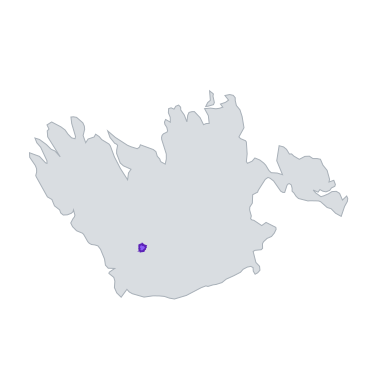 Kilkenny Lea-7, Kilkenny, Ireland shown in context, rotated 77°
{"feature_id": "5873133B31102930937386", "entity_name": "Kilkenny Lea-7", "entity_type": "district", "adm_level": 2, "iso_a3": "IRL", "parent_name": "Ireland", "parent_adm1": "Kilkenny", "projection": "mercator", "projection_center": [-7.278, 52.671], "detail": "fine", "context": "in_parent", "style": "filled", "palette": "violet", "viewbox_px": 384, "rotation_deg": 77, "n_neighbors": 0, "source": "geoboundaries", "source_scale": "gbopen_adm2", "svg_char_len": 5278}
<svg xmlns="http://www.w3.org/2000/svg" viewBox="0 0 384 384"><g transform="rotate(77 192 192)"><path d="M237.5,63.8L230.2,69.0L229.1,70.9L227.1,78.8L226.8,81.0L222.3,89.7L219.7,91.5L215.9,92.9L213.7,94.3L210.9,93.6L207.4,93.7L205.7,95.3L205.8,96.5L206.8,97.9L213.3,101.8L212.9,103.5L211.1,105.4L199.6,110.0L196.1,112.9L194.9,114.7L196.2,117.8L205.3,127.1L206.9,128.1L208.3,133.5L216.4,135.7L219.7,139.1L222.5,139.9L228.7,139.6L231.2,140.9L232.7,139.9L233.5,138.1L240.4,131.6L238.3,126.7L245.3,118.3L247.2,118.4L250.5,121.0L253.2,124.5L254.1,129.3L256.6,133.6L258.3,135.0L262.8,135.9L263.8,137.6L263.0,143.7L263.7,145.8L275.0,145.6L279.6,142.9L283.5,143.4L285.5,146.2L286.3,149.0L282.9,150.1L279.4,149.5L277.7,151.4L277.6,155.0L278.8,159.6L281.1,162.8L283.0,170.2L284.6,178.3L287.0,183.2L287.5,189.3L287.2,192.3L287.6,197.7L286.6,199.6L287.3,204.6L291.5,220.7L292.3,233.2L290.3,237.9L287.5,242.4L285.8,247.6L284.4,253.3L283.6,262.4L277.7,273.0L275.2,275.7L272.2,277.3L278.6,284.7L273.4,288.0L267.7,289.1L261.5,287.2L257.6,287.4L252.6,291.3L251.5,290.6L249.1,284.5L247.4,290.8L243.8,292.8L237.6,292.3L227.3,294.0L223.3,295.8L221.7,298.6L220.5,301.8L218.8,303.7L217.0,304.7L209.0,307.1L207.5,308.0L203.8,313.2L198.9,316.2L194.9,317.1L191.4,314.1L189.9,312.3L188.3,311.3L182.8,311.5L184.5,312.4L185.6,314.5L186.2,318.6L185.5,322.6L182.9,324.6L179.6,325.0L174.6,329.1L167.8,330.2L164.2,334.0L142.0,340.4L140.7,340.5L137.7,338.9L134.3,338.2L131.0,338.7L121.7,342.3L117.2,341.5L123.0,332.6L130.7,328.1L131.5,326.9L129.0,326.3L114.3,329.4L109.2,332.1L104.1,332.9L106.5,328.8L113.0,323.2L118.7,319.6L121.2,316.3L128.1,312.5L105.8,320.2L99.9,319.3L98.5,317.2L94.0,318.2L92.2,313.0L99.0,305.1L103.0,301.7L107.6,299.9L112.1,297.2L113.8,294.0L111.7,293.0L98.2,293.8L91.7,293.1L92.1,290.5L93.3,287.7L100.0,282.8L103.6,282.1L106.8,282.5L112.5,285.4L120.1,284.5L117.0,281.3L116.4,275.0L114.0,272.9L117.1,270.0L120.6,268.2L126.6,262.1L128.7,261.2L140.4,259.7L153.0,256.5L165.6,252.0L159.2,249.6L156.1,246.3L151.1,252.9L147.6,255.4L137.5,256.8L134.3,256.0L129.8,254.0L128.4,254.8L127.1,256.4L120.5,259.6L113.5,260.4L121.6,254.4L132.0,244.3L134.3,241.1L137.5,235.6L136.5,233.1L134.4,231.7L141.9,220.2L144.5,218.1L149.3,217.8L152.8,215.9L154.4,215.9L155.8,215.3L158.8,211.8L154.1,209.6L149.2,208.5L134.0,209.7L132.0,209.4L130.1,208.4L128.9,206.8L128.0,202.9L126.9,202.0L123.4,202.0L120.0,203.2L117.7,203.1L115.4,201.4L119.1,197.4L114.3,196.4L109.5,197.2L105.5,196.0L105.3,193.4L107.2,190.9L104.8,188.5L104.3,185.5L106.8,184.0L109.6,184.5L115.3,182.2L122.5,181.2L116.3,178.9L113.8,177.0L113.7,174.1L114.2,171.6L121.4,167.4L129.0,165.6L128.5,162.8L129.0,159.8L121.3,158.9L113.6,161.0L114.4,155.2L116.3,150.0L116.6,146.6L116.3,142.9L112.7,144.5L112.2,139.3L110.7,135.7L105.4,138.2L105.5,133.4L107.1,130.1L109.8,128.7L112.6,129.3L117.7,129.3L122.7,126.8L129.8,126.2L141.1,126.9L148.9,133.9L150.9,132.7L154.1,128.3L155.5,127.8L167.3,129.7L174.6,132.2L176.5,131.5L175.5,126.5L173.0,123.1L176.1,118.7L179.9,115.6L182.5,114.1L188.4,112.2L191.0,110.5L192.7,104.7L195.5,99.9L180.6,102.4L166.5,96.7L168.7,92.6L171.7,90.3L176.9,88.6L177.3,86.4L179.9,84.7L184.3,80.1L182.7,74.0L183.5,69.6L186.6,66.7L187.6,62.5L189.0,59.5L195.3,58.4L201.3,55.5L210.6,55.1L213.1,56.3L212.5,51.2L216.9,50.6L218.6,51.6L219.4,55.2L221.4,57.4L222.0,61.4L220.6,64.4L218.4,66.8L220.5,69.2L217.3,73.5L220.7,71.7L225.6,67.4L225.3,64.0L224.5,59.6L223.1,55.6L223.8,51.3L226.5,48.5L233.7,47.2L230.7,42.2L233.4,41.7L236.2,42.8L240.4,46.6L249.3,52.1L245.0,56.9L239.6,60.2L237.5,63.8ZM112.0,157.2L111.8,159.4L108.4,156.6L106.8,153.5L97.4,152.1L101.3,149.1L103.2,150.0L109.8,150.1L111.7,151.4L112.0,157.2Z" fill="#d9dde1" stroke="#a8b0b8" stroke-width="1"/><path d="M233.0,255.7L233.1,255.8L233.3,255.8L233.7,255.8L233.8,255.9L234.0,255.8L234.3,255.9L234.5,255.9L234.7,256.0L234.8,256.0L234.8,255.8L235.0,255.8L235.2,255.7L235.2,255.8L235.2,256.0L235.5,256.1L235.5,256.4L235.8,256.4L235.9,256.1L236.3,256.1L236.3,255.9L236.5,255.9L236.7,256.0L236.8,255.9L237.0,255.8L237.0,256.0L237.2,256.3L237.2,256.2L237.3,256.1L237.4,256.3L237.6,256.2L237.8,256.0L238.1,255.9L238.3,255.8L238.4,255.7L238.5,255.7L238.4,255.4L238.3,255.2L238.2,255.1L237.9,255.1L238.1,254.7L238.3,254.5L238.3,254.4L238.5,254.2L238.6,253.9L238.5,253.7L238.7,253.8L238.7,253.7L238.8,252.7L238.8,252.2L238.4,251.9L238.2,251.9L238.0,252.0L237.9,252.0L237.7,251.7L237.5,251.4L237.3,251.4L237.3,251.1L237.4,250.9L237.3,250.6L237.1,250.4L236.9,250.5L236.7,250.5L236.5,250.3L236.3,250.2L236.2,250.0L236.1,249.9L235.9,249.8L235.8,249.7L235.7,249.4L235.4,249.1L234.8,249.2L234.8,249.7L234.7,249.8L234.4,249.4L234.2,249.2L234.2,249.3L234.1,249.5L233.8,249.5L233.7,249.5L233.6,249.9L233.5,250.0L233.8,250.0L233.8,250.3L233.7,250.4L233.4,250.6L233.2,250.7L233.2,250.8L233.2,251.0L233.1,251.3L232.9,251.3L232.7,251.3L232.7,251.6L232.7,251.8L232.5,251.7L232.4,251.5L232.2,251.5L231.9,251.7L231.6,251.7L231.4,251.7L231.3,251.9L231.5,252.1L231.6,252.6L231.4,252.6L231.7,252.9L231.8,253.0L231.9,253.3L232.0,253.5L231.8,253.6L231.7,253.7L231.8,253.9L231.8,254.0L231.7,254.0L231.9,254.4L231.7,254.6L231.8,254.8L231.8,255.0L231.7,255.0L231.8,255.3L231.9,255.2L232.2,255.2L232.3,255.3L232.5,255.3L232.7,255.5L232.9,255.4L233.0,255.7Z" fill="#8b5cf6" stroke="#5b21b6" stroke-width="1.5"/></g></svg>